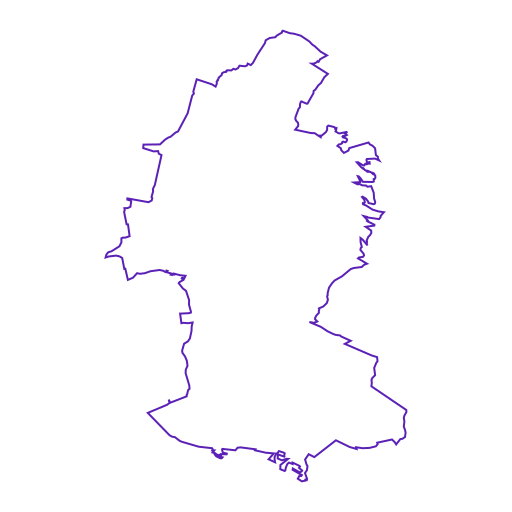 Cungrea, Olt, Romania
{"feature_id": "2599482B31461522187781", "entity_name": "Cungrea", "entity_type": "district", "adm_level": 2, "iso_a3": "ROU", "parent_name": "Romania", "parent_adm1": "Olt", "projection": "robinson", "projection_center": [24.401, 44.69], "detail": "fine", "context": "isolated", "style": "outline", "palette": "violet", "viewbox_px": 512, "rotation_deg": 0, "n_neighbors": 0, "source": "geoboundaries", "source_scale": "gbopen_adm2", "svg_char_len": 6067}
<svg xmlns="http://www.w3.org/2000/svg" viewBox="0 0 512 512"><path d="M396.2,444.4L400.3,439.1L402.4,438.8L405.0,437.0L405.6,432.5L404.9,429.5L403.8,426.7L404.4,421.5L403.8,418.0L404.4,415.6L406.4,412.0L406.3,410.0L371.4,386.3L371.8,382.8L371.5,379.7L372.4,377.9L375.1,375.2L374.2,367.9L376.3,362.8L377.5,361.3L377.1,357.1L371.8,355.5L344.8,343.9L350.7,340.8L341.2,336.5L340.0,335.4L335.6,334.9L332.8,333.8L327.6,331.3L320.9,326.9L309.4,322.0L314.0,322.8L317.3,321.5L315.1,319.2L315.1,317.9L316.3,315.6L318.9,312.8L318.8,311.1L319.3,309.6L318.9,308.4L323.3,306.5L326.8,303.1L327.9,299.8L327.1,296.2L327.7,295.1L327.6,293.4L329.0,287.7L332.0,283.3L334.6,280.5L342.0,276.3L350.8,269.0L353.9,268.0L361.7,267.0L364.1,264.8L367.0,263.7L358.0,258.4L358.9,257.5L363.1,256.8L364.0,255.3L363.6,253.7L360.4,249.9L360.8,247.9L361.8,247.0L360.6,242.2L360.5,238.0L362.5,239.5L367.5,245.4L366.8,244.1L367.0,241.4L366.6,240.7L368.3,236.8L369.9,235.3L371.3,233.0L371.2,230.6L365.7,226.8L374.3,225.6L374.4,224.7L373.3,224.6L372.9,223.9L367.9,221.6L367.1,221.0L367.8,220.5L363.7,216.1L367.4,217.0L367.8,217.5L379.1,219.1L380.6,217.1L380.7,215.8L383.9,212.2L378.4,211.4L372.5,209.6L366.1,205.5L363.1,204.3L362.9,203.7L362.9,203.1L364.2,203.0L364.8,202.4L364.4,200.0L362.0,197.0L362.6,196.7L366.0,198.7L368.2,201.7L368.5,203.0L373.7,204.2L374.9,203.6L375.2,202.0L374.1,198.6L373.7,192.7L371.2,186.2L367.4,186.7L366.2,185.6L362.2,185.3L359.8,184.1L357.4,184.3L353.9,182.5L360.2,182.1L360.2,181.2L357.8,176.2L358.8,176.4L360.8,178.6L362.8,181.8L372.6,182.0L373.8,181.5L373.7,179.1L374.6,179.0L375.4,177.6L375.2,175.3L373.4,174.2L373.9,173.5L372.9,172.9L372.5,173.6L370.5,171.9L368.1,171.8L368.4,171.1L367.3,170.7L367.0,171.4L363.3,168.8L363.6,168.5L363.0,167.9L362.6,168.3L361.1,167.1L356.8,162.3L358.0,162.2L362.6,165.1L364.2,165.4L364.7,164.5L365.4,164.4L365.1,164.2L365.4,163.7L369.7,163.7L369.5,162.1L367.2,162.6L366.4,159.9L366.9,159.0L375.1,158.6L379.2,160.5L378.0,158.7L377.8,156.6L375.9,155.1L375.1,148.3L372.5,145.7L369.9,144.4L368.5,142.5L349.3,148.1L348.4,150.6L343.9,152.9L341.2,150.1L340.8,148.2L337.4,145.9L338.7,144.5L340.8,144.1L342.2,143.1L342.1,142.3L342.4,141.9L343.3,141.6L345.2,142.3L346.4,141.6L347.1,140.0L346.9,139.1L345.4,138.0L343.0,137.4L342.5,136.7L343.1,135.9L345.1,135.9L346.8,135.0L345.1,133.7L347.3,131.8L339.7,133.4L338.5,133.2L335.5,131.4L336.3,129.6L336.4,128.1L335.1,128.6L334.9,127.5L334.0,127.0L328.3,125.6L327.2,126.6L327.1,129.9L326.0,132.0L321.5,135.8L319.3,135.4L320.8,136.3L320.7,137.2L314.7,133.2L310.7,133.0L295.2,129.7L298.1,126.1L298.3,124.8L297.9,122.6L296.3,121.0L295.4,119.3L295.4,117.4L298.5,109.0L299.9,107.2L300.0,104.3L300.7,102.1L301.3,101.4L306.7,103.7L307.5,103.6L313.4,93.3L313.7,90.8L315.3,89.7L318.4,85.2L320.9,83.1L324.4,77.1L327.9,73.9L311.8,63.7L313.3,63.7L315.2,63.0L316.7,62.3L317.5,61.2L318.6,61.8L320.1,59.2L327.0,55.4L320.6,51.7L314.6,46.1L312.4,44.7L309.4,41.5L300.8,35.7L293.9,33.7L289.8,33.2L282.8,30.7L282.1,31.3L281.9,32.6L276.7,35.6L275.4,37.2L269.7,38.0L265.7,40.3L264.9,43.2L257.4,54.7L253.0,62.8L250.8,65.1L247.7,63.6L247.1,65.4L245.0,66.3L239.5,65.7L238.0,68.1L235.5,69.5L233.4,68.8L231.4,70.4L227.1,70.3L226.4,70.7L226.5,71.5L226.1,71.9L223.8,72.2L222.0,73.3L221.7,75.0L218.7,77.6L218.7,78.4L217.5,80.1L217.8,80.5L216.7,81.6L216.8,83.7L215.6,86.6L211.9,84.3L196.7,79.3L193.3,91.6L193.9,93.5L192.2,95.6L187.6,113.4L178.0,131.5L175.6,132.5L170.5,136.8L168.4,137.5L165.0,139.7L160.0,144.4L143.5,144.6L143.2,148.1L153.6,151.4L158.1,151.1L158.8,153.7L161.5,155.1L154.8,185.1L152.9,189.0L153.1,191.5L151.5,197.0L152.3,198.1L151.7,200.5L148.5,202.2L127.4,198.4L127.3,199.6L130.7,200.7L131.2,201.3L130.4,206.8L127.6,208.1L124.4,208.1L124.7,210.3L124.1,211.9L126.6,224.3L128.0,224.4L129.6,236.2L125.4,237.6L122.5,237.7L121.4,238.3L121.4,242.4L119.4,246.3L111.5,251.3L108.3,252.2L106.4,254.5L105.6,257.5L108.7,256.5L116.0,255.6L119.6,256.4L122.2,258.0L124.3,268.9L125.3,268.7L127.9,279.9L133.0,277.7L137.1,273.2L140.0,273.8L144.8,273.2L150.6,271.2L159.6,270.0L163.3,270.8L165.5,272.1L166.5,272.2L166.6,271.7L166.2,271.6L166.5,270.6L167.5,270.9L166.6,272.2L171.9,273.7L170.9,274.7L171.9,275.0L172.3,274.2L171.9,273.8L173.2,273.7L173.2,274.6L174.3,274.6L174.3,273.7L180.0,275.2L185.5,275.8L184.4,278.1L182.6,277.8L181.8,278.4L182.4,279.1L183.3,278.6L183.0,278.2L184.2,278.3L183.5,279.9L179.5,282.1L178.7,283.2L182.9,288.5L186.0,290.8L189.1,300.1L189.0,304.6L191.0,312.0L190.8,312.7L188.8,313.2L180.1,313.6L181.4,323.2L183.3,322.8L188.1,323.2L192.6,322.5L191.7,326.2L191.5,331.1L189.9,338.4L187.9,341.4L184.1,343.7L182.1,350.7L182.5,352.9L185.0,356.4L186.8,360.6L187.5,365.8L185.8,369.6L185.6,373.1L189.3,385.5L189.5,388.9L188.1,390.1L187.2,394.1L186.7,394.7L186.7,396.3L170.3,402.7L168.7,399.6L169.6,402.9L167.2,404.7L147.8,412.9L169.6,435.3L172.2,436.7L175.0,437.2L179.5,440.7L181.6,441.7L198.7,446.7L212.1,448.2L212.7,449.2L212.2,450.4L214.3,450.4L212.6,452.5L214.3,452.9L214.5,454.1L216.2,456.3L220.1,458.2L221.6,458.3L222.5,457.3L217.1,456.1L216.2,455.2L216.5,454.8L216.3,454.1L217.4,454.9L219.5,455.1L220.7,455.1L220.3,454.4L220.6,454.1L226.6,454.3L226.8,453.6L222.8,452.5L222.0,449.5L222.4,448.9L235.4,450.3L237.6,447.7L240.7,447.4L255.5,449.3L255.0,450.3L265.7,452.7L273.8,453.4L268.6,459.3L275.1,462.3L274.6,459.5L274.6,456.9L276.2,453.7L277.8,452.8L278.9,451.1L283.6,452.6L284.7,453.3L284.1,456.0L285.0,456.9L277.9,454.4L277.7,458.5L282.0,460.3L286.4,458.8L288.1,458.9L280.4,465.0L280.3,469.2L284.7,471.0L285.4,470.2L285.8,467.7L287.3,464.1L288.9,462.6L292.6,464.0L292.6,462.6L299.5,465.9L300.0,466.5L299.0,467.9L302.1,470.5L301.7,471.3L300.6,472.0L299.7,472.3L292.8,468.5L292.6,469.8L301.9,475.1L301.4,475.9L299.2,476.1L297.8,478.7L301.8,481.3L305.1,480.7L305.3,479.6L305.7,479.5L306.3,479.9L306.5,481.0L307.1,479.0L305.0,473.0L306.9,470.3L307.5,466.2L306.4,464.1L305.1,459.5L308.7,454.2L314.3,457.1L335.9,440.3L349.7,447.0L356.6,449.0L356.3,448.0L355.0,447.1L362.6,448.2L369.5,447.9L375.9,446.3L377.6,444.2L377.2,442.7L392.0,439.5L394.7,442.1L396.2,444.4Z" fill="none" stroke="#5b21b6" stroke-width="2"/></svg>